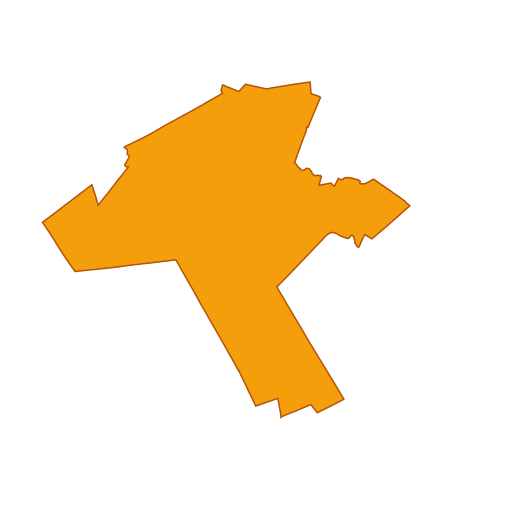 outline of Puiesti, Buzau, Romania, rotated 52°
{"feature_id": "2599482B61093461242490", "entity_name": "Puiesti", "entity_type": "district", "adm_level": 2, "iso_a3": "ROU", "parent_name": "Romania", "parent_adm1": "Buzau", "projection": "equal_earth", "projection_center": [27.232, 45.391], "detail": "fine", "context": "isolated", "style": "filled", "palette": "amber", "viewbox_px": 512, "rotation_deg": 52, "n_neighbors": 0, "source": "geoboundaries", "source_scale": "gbopen_adm2", "svg_char_len": 6015}
<svg xmlns="http://www.w3.org/2000/svg" viewBox="0 0 512 512"><g transform="rotate(52 256 256)"><path d="M156.8,408.2L157.0,407.8L157.9,406.4L158.2,405.9L160.1,402.8L161.0,401.4L162.2,399.5L163.5,397.4L171.4,384.8L174.8,379.5L176.5,376.6L176.7,376.3L177.9,374.3L179.8,371.2L183.0,365.6L183.7,364.4L184.9,362.4L185.5,361.5L186.9,359.1L187.9,357.3L188.8,355.8L189.0,355.6L189.5,354.9L189.9,354.2L190.5,353.2L191.5,351.5L192.1,350.5L192.6,349.5L192.9,349.1L193.6,348.1L195.1,345.7L197.0,342.6L201.8,334.6L203.3,332.1L206.1,327.5L209.0,322.7L209.6,321.7L209.9,321.6L211.5,321.8L215.3,322.3L216.6,322.5L221.5,323.3L244.4,326.6L257.6,328.8L267.9,330.2L277.9,331.7L278.0,331.7L301.3,335.1L304.4,335.5L307.7,336.0L313.7,337.0L315.5,337.2L321.0,338.0L328.6,339.2L335.9,340.4L336.0,340.1L340.9,341.3L341.8,341.5L342.8,341.7L343.6,341.9L352.4,343.8L359.6,345.5L362.7,346.1L373.9,348.5L374.1,348.6L377.7,337.9L381.7,326.4L388.8,330.2L392.7,332.2L397.4,334.8L398.4,335.7L398.4,334.7L398.5,334.4L399.4,330.9L400.1,328.5L400.6,326.7L401.3,324.2L402.0,321.9L402.4,321.0L404.1,314.3L404.5,313.0L405.1,310.7L406.1,307.0L406.7,304.6L406.8,304.3L415.6,304.2L417.3,304.2L417.5,303.3L417.7,302.0L420.2,289.8L422.5,277.5L423.0,275.1L422.9,274.9L422.6,274.8L420.8,274.6L419.0,274.4L404.0,272.5L382.4,270.0L357.4,267.1L356.2,266.9L353.9,266.6L339.1,264.6L319.2,262.1L293.2,258.6L290.8,240.0L285.8,206.2L284.1,193.8L283.4,190.2L283.2,187.8L283.1,185.5L283.6,183.1L283.9,182.0L284.7,181.0L287.0,179.3L287.9,178.7L289.8,178.0L291.0,177.5L292.3,177.0L293.3,176.5L294.3,175.8L296.1,174.7L296.7,174.3L297.7,173.8L298.3,173.3L298.9,172.5L299.1,172.0L299.2,171.6L299.1,171.0L298.7,169.9L298.5,169.2L298.4,168.7L298.4,168.2L298.8,167.8L299.3,167.3L299.7,167.0L300.0,167.0L300.5,167.2L301.8,167.6L302.8,168.1L303.2,168.2L303.6,168.3L304.4,168.7L305.7,169.4L306.4,169.9L306.8,170.0L307.4,170.1L308.2,170.2L309.0,170.3L311.0,170.3L312.2,170.2L312.2,169.0L308.9,163.1L306.1,157.2L306.8,156.9L308.4,156.2L308.9,156.0L309.8,155.8L310.6,155.4L313.6,154.3L313.8,154.1L313.8,153.5L313.5,146.7L313.4,144.2L313.2,138.9L313.2,138.6L312.7,128.9L312.4,124.0L311.9,116.3L311.7,114.3L311.2,104.2L310.9,103.8L309.5,104.2L307.1,104.7L304.9,104.8L302.1,105.6L299.3,106.3L291.1,108.9L288.5,109.6L288.2,109.7L276.7,113.3L276.4,113.4L271.0,115.1L269.1,115.6L268.4,115.7L268.1,116.2L267.7,116.9L267.5,117.5L267.4,118.3L267.3,119.1L267.2,119.7L267.2,120.2L267.1,121.0L266.8,122.7L266.6,123.9L266.5,124.2L266.1,125.1L265.7,126.4L265.5,126.7L265.2,127.1L264.5,127.9L263.8,128.6L263.6,128.9L263.4,129.3L262.0,129.1L261.8,129.0L261.8,128.9L261.7,128.4L261.6,128.1L261.4,127.9L261.1,127.9L260.9,127.9L260.5,128.1L260.1,128.3L259.8,128.4L258.9,128.7L258.6,128.8L258.3,129.0L258.1,129.2L257.4,129.8L256.5,130.5L254.9,131.6L254.0,132.2L253.5,132.6L252.9,133.2L252.4,133.7L251.7,134.4L251.1,134.9L250.4,135.7L250.0,136.2L249.5,137.1L249.2,137.8L249.0,138.4L248.9,139.1L248.9,139.6L249.0,140.2L249.1,140.5L249.0,140.8L248.6,141.4L248.1,142.0L247.4,142.4L246.5,142.9L245.6,143.4L246.0,144.3L246.2,144.6L246.9,146.1L249.3,151.3L248.2,151.6L246.9,151.9L246.5,151.9L245.9,151.9L245.4,151.9L245.1,151.9L244.8,151.9L244.7,152.0L243.4,154.4L240.9,159.3L239.1,162.8L239.0,162.7L233.5,155.4L233.2,155.7L232.9,156.0L232.5,156.1L232.2,156.0L232.1,155.9L232.0,156.2L231.8,156.5L231.6,156.9L231.3,157.0L231.1,157.1L230.8,157.1L230.6,157.3L230.2,157.9L229.9,158.2L229.7,159.3L229.5,159.7L229.2,159.9L228.7,160.1L228.3,160.3L227.6,160.5L227.1,160.8L226.4,160.9L225.7,160.8L225.1,160.7L224.5,160.5L224.1,160.5L223.6,160.3L223.3,160.2L223.1,160.3L222.8,160.4L222.5,160.5L221.7,160.5L220.9,160.4L220.4,160.4L220.0,160.4L219.6,160.7L219.0,161.2L218.6,161.5L218.3,161.9L217.9,162.5L217.8,162.9L217.8,163.2L217.9,163.7L218.0,164.4L217.9,165.2L217.8,165.8L217.5,166.3L216.9,166.7L216.5,167.0L215.8,167.4L215.5,167.5L215.1,167.5L214.7,167.4L214.2,167.4L213.7,167.4L213.4,167.5L213.0,167.8L212.6,168.1L212.2,168.2L211.8,168.3L211.5,168.2L211.0,167.9L210.7,167.8L210.3,167.7L209.9,167.8L209.3,167.9L208.9,168.0L208.6,168.0L208.3,167.9L208.0,167.9L207.8,167.9L207.6,167.9L207.3,168.0L206.9,168.2L206.7,168.3L206.3,168.4L206.2,168.2L206.0,167.6L205.8,167.2L205.6,166.9L205.2,166.4L204.9,166.1L204.6,165.5L203.8,164.4L203.4,163.6L203.3,163.4L202.8,162.9L202.4,162.3L200.5,159.3L198.9,156.5L196.1,152.2L194.4,149.4L192.9,147.0L191.2,144.3L190.6,143.4L190.1,142.6L189.3,141.0L189.2,140.6L188.6,139.7L188.2,139.2L187.9,138.8L187.1,138.1L186.7,137.8L186.3,137.4L186.0,137.2L185.2,136.2L185.7,135.9L186.0,135.9L186.6,135.8L186.2,135.0L183.4,130.2L180.3,124.8L178.9,122.2L174.6,114.5L170.7,107.5L167.8,108.8L161.9,112.7L152.2,106.2L147.9,113.7L144.5,119.6L132.2,142.0L131.9,143.0L131.7,143.3L131.2,144.3L130.8,144.9L130.5,145.1L114.2,158.6L115.8,168.3L110.2,171.5L103.2,175.5L100.6,177.0L101.0,177.6L102.9,180.1L103.8,181.4L104.4,181.8L107.1,182.0L106.9,184.5L106.9,184.8L106.3,188.4L105.7,192.7L105.0,197.4L104.6,199.8L103.9,205.3L100.9,224.4L99.3,234.1L99.0,236.2L98.7,237.7L98.4,239.6L98.1,241.2L97.8,243.2L97.3,246.3L97.2,246.9L95.0,263.1L95.0,263.4L94.0,268.4L93.3,272.4L93.1,273.6L92.1,277.9L92.0,278.4L90.5,285.5L89.4,290.3L89.0,292.8L89.7,293.1L91.1,292.4L91.9,292.0L92.5,292.0L93.5,292.3L94.7,293.1L95.4,294.0L96.1,294.6L96.9,294.9L97.4,294.7L98.2,294.3L98.8,294.2L99.5,294.3L101.5,298.6L102.6,301.4L102.8,302.2L103.1,302.8L103.2,303.2L103.4,303.4L103.5,303.4L103.8,303.5L104.2,303.6L104.5,303.6L104.8,303.6L105.8,303.4L106.5,302.6L107.4,301.8L107.6,302.7L107.8,303.8L107.8,304.1L107.9,304.4L108.3,306.2L109.0,308.9L109.4,310.8L109.9,312.8L110.1,313.6L110.4,314.9L110.5,315.6L110.9,317.3L111.3,318.8L111.7,320.5L112.1,321.8L112.6,323.7L113.1,325.7L113.6,327.7L114.2,329.9L115.2,334.0L115.4,334.8L115.7,335.9L115.7,336.3L116.2,338.5L116.5,340.0L117.1,342.0L118.1,346.3L118.7,349.1L112.1,346.4L108.9,345.1L98.8,341.5L98.7,347.9L98.6,359.3L98.0,403.6L100.5,403.7L111.2,404.4L124.3,405.8L135.3,406.9L141.7,407.4L142.5,407.4L151.0,407.9L156.8,408.2Z" fill="#f59e0b" stroke="#b45309" stroke-width="1.5"/></g></svg>